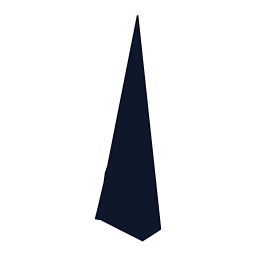 N'beiket Lehouach, Hodh ech Chargui, Mauritania
{"feature_id": "47542326B78705057775708", "entity_name": "N'beiket Lehouach", "entity_type": "district", "adm_level": 2, "iso_a3": "MRT", "parent_name": "Mauritania", "parent_adm1": "Hodh ech Chargui", "projection": "natural_earth1", "projection_center": [-6.344, 18.2], "detail": "fine", "context": "isolated", "style": "filled", "palette": "ink", "viewbox_px": 256, "rotation_deg": 0, "n_neighbors": 0, "source": "geoboundaries", "source_scale": "gbopen_adm2", "svg_char_len": 285}
<svg xmlns="http://www.w3.org/2000/svg" viewBox="0 0 256 256"><path d="M160.1,229.3L160.4,228.7L137.6,15.4L107.8,166.6L105.6,172.6L104.5,180.9L104.3,182.4L97.9,209.7L95.6,218.6L101.0,219.5L123.3,230.9L142.6,240.6L160.1,229.3Z" fill="#0f172a" stroke="#020617" stroke-width="1.5"/></svg>